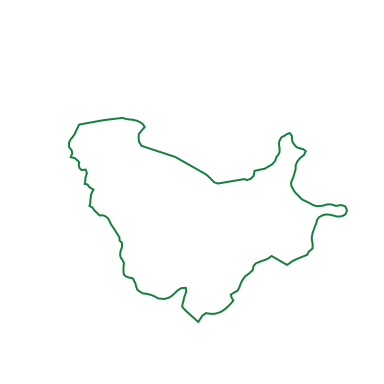 outline of Sertãozinho, São Paulo, Brazil, rotated 42°
{"feature_id": "56859067B35864980054288", "entity_name": "Sertãozinho", "entity_type": "district", "adm_level": 2, "iso_a3": "BRA", "parent_name": "Brazil", "parent_adm1": "São Paulo", "projection": "natural_earth1", "projection_center": [-47.996, -21.105], "detail": "fine", "context": "isolated", "style": "outline", "palette": "green", "viewbox_px": 384, "rotation_deg": 42, "n_neighbors": 0, "source": "geoboundaries", "source_scale": "gbopen_adm2", "svg_char_len": 2766}
<svg xmlns="http://www.w3.org/2000/svg" viewBox="0 0 384 384"><g transform="rotate(42 192 192)"><path d="M180.6,286.8L183.0,288.5L185.4,288.9L188.9,290.3L190.8,292.9L192.5,295.0L194.6,297.2L196.5,298.9L199.4,299.0L202.5,297.7L205.8,295.8L209.0,297.0L211.3,297.9L213.7,299.6L216.8,301.2L220.1,300.9L223.2,300.2L227.2,297.6L230.6,295.8L234.7,294.4L238.1,293.7L240.7,291.8L243.4,289.6L245.6,285.8L246.5,282.6L246.9,278.4L247.2,274.6L248.3,270.8L251.5,267.4L254.2,269.6L255.4,272.2L256.6,275.4L258.6,278.8L259.8,281.3L261.4,283.8L264.3,284.2L267.6,284.4L278.4,284.4L283.6,284.4L283.0,280.4L282.4,277.1L283.5,272.6L287.4,270.1L291.0,266.6L293.8,261.6L295.0,256.4L295.4,252.7L295.5,248.8L295.4,245.1L292.3,244.1L289.5,242.2L290.6,238.5L291.9,234.8L291.1,231.5L289.5,227.5L288.4,223.6L287.9,219.4L289.0,214.0L289.4,209.4L287.2,205.7L287.2,202.1L288.7,199.3L289.9,196.7L291.7,193.7L293.1,190.5L294.0,186.3L311.4,182.6L312.2,179.5L312.8,176.4L314.3,172.6L316.0,169.0L317.8,165.3L319.6,161.7L318.7,158.2L319.4,153.3L316.4,149.8L314.2,148.3L311.6,145.9L309.1,141.8L307.0,136.9L305.3,132.2L303.5,128.7L303.3,125.8L304.6,121.9L306.1,119.6L308.8,117.2L312.6,115.0L315.8,113.4L317.8,111.8L319.7,109.5L321.0,106.0L319.5,102.0L315.5,100.1L312.0,101.6L310.0,103.8L308.3,106.0L304.6,107.6L301.8,109.7L300.1,111.7L298.6,114.4L294.7,118.7L290.9,120.7L287.4,121.4L283.5,122.5L279.4,123.7L276.9,123.9L273.2,123.5L270.7,123.5L267.8,123.1L264.6,122.0L261.9,121.1L259.2,118.5L257.8,114.3L256.4,111.1L253.7,105.7L251.2,102.8L249.9,99.3L249.6,95.1L250.0,92.1L250.4,89.3L249.2,85.5L246.2,85.7L243.2,87.2L239.8,88.7L236.7,88.4L232.9,87.4L230.9,85.7L228.5,83.4L225.2,82.8L223.8,85.4L223.2,88.1L221.9,91.3L222.6,95.0L224.0,97.7L228.2,101.3L230.4,103.9L231.3,106.9L231.3,109.7L232.9,112.9L233.1,117.8L231.8,121.7L230.3,126.4L228.2,129.0L226.1,132.0L224.3,134.4L227.0,138.7L226.8,143.0L224.6,146.6L222.3,147.3L207.8,165.6L205.4,168.5L202.0,169.9L198.2,169.7L193.7,169.5L190.3,169.6L156.0,177.2L123.6,191.5L119.2,190.2L116.2,187.6L113.7,184.5L113.4,178.4L113.4,175.4L110.7,174.6L108.0,174.6L103.8,175.7L100.1,177.7L97.1,179.8L94.6,181.6L90.7,183.5L78.6,197.3L63.0,217.4L64.8,223.6L66.1,227.7L66.5,230.9L66.5,233.8L67.6,237.7L70.7,240.9L74.5,241.5L77.1,243.3L78.6,247.3L82.1,245.3L85.9,245.2L88.3,245.4L90.0,247.9L92.1,249.4L95.2,249.6L98.0,246.5L101.3,248.3L103.1,252.4L105.1,255.0L106.9,257.8L109.3,256.3L112.0,257.0L114.8,256.7L117.1,256.1L117.9,259.1L118.8,261.7L120.5,264.0L122.0,266.1L123.7,268.2L125.2,271.0L128.2,270.1L131.4,271.0L135.2,271.1L138.9,271.3L141.7,268.7L144.6,267.8L147.1,267.8L150.1,268.7L153.1,270.1L156.7,271.0L160.4,271.9L163.3,272.8L165.7,273.5L168.3,274.2L170.7,276.5L174.1,276.7L177.0,280.1L178.5,283.8L180.6,286.8Z" fill="none" stroke="#15803d" stroke-width="2"/></g></svg>